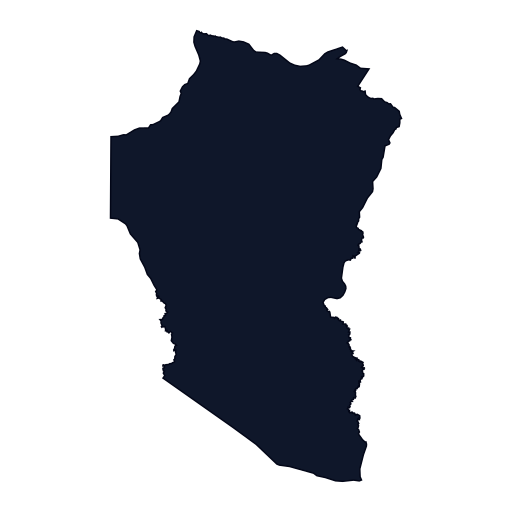 Koun Mom, Rôtânôkiri, Cambodia (Albers equal-area conic projection)
{"feature_id": "14789045B34257820589195", "entity_name": "Koun Mom", "entity_type": "district", "adm_level": 2, "iso_a3": "KHM", "parent_name": "Cambodia", "parent_adm1": "Rôtânôkiri", "projection": "albers", "projection_center": [106.798, 13.499], "detail": "fine", "context": "isolated", "style": "filled", "palette": "ink", "viewbox_px": 512, "rotation_deg": 0, "n_neighbors": 0, "source": "geoboundaries", "source_scale": "gbopen_adm2", "svg_char_len": 6046}
<svg xmlns="http://www.w3.org/2000/svg" viewBox="0 0 512 512"><path d="M361.5,480.0L360.1,476.8L359.8,468.9L363.4,454.7L366.4,446.1L366.5,444.1L365.9,441.9L365.1,442.1L362.5,439.7L358.9,434.7L358.5,433.4L359.4,432.0L358.5,429.5L357.3,428.7L358.3,427.0L358.5,425.3L357.7,424.3L358.7,423.5L357.8,421.5L357.1,421.1L357.7,419.7L359.4,419.6L359.4,419.1L357.9,418.7L358.9,417.6L359.9,417.8L359.7,415.7L357.2,414.3L355.5,415.2L355.5,414.2L354.4,413.9L354.4,413.1L352.4,413.3L352.2,413.0L352.7,412.6L352.0,412.0L350.1,412.9L349.6,412.7L349.5,410.8L348.7,411.3L348.6,409.7L347.4,408.9L348.2,408.1L348.2,407.2L349.5,407.7L350.1,406.5L349.5,405.3L350.9,403.9L350.2,402.6L351.0,401.5L352.2,401.4L351.5,400.5L351.9,399.8L353.4,399.4L353.6,397.7L355.1,398.1L355.9,396.4L355.2,394.8L355.5,394.3L355.5,392.5L354.4,391.8L355.2,391.3L355.7,390.2L354.9,390.0L356.1,388.4L357.0,388.6L358.4,386.1L358.9,386.8L359.2,386.4L359.5,383.9L358.9,383.5L359.6,382.3L360.5,382.0L360.3,381.3L359.8,381.3L358.9,382.0L358.7,381.1L360.0,380.6L361.0,378.9L361.8,378.8L362.3,377.6L361.6,377.2L361.7,376.6L362.8,376.8L363.7,376.0L363.7,373.7L362.6,373.2L362.7,372.0L361.9,370.9L363.3,369.3L364.0,369.3L364.2,368.9L363.6,368.8L364.0,367.9L362.8,368.1L362.8,367.5L361.4,367.4L361.8,366.4L362.5,366.5L363.3,365.3L362.5,363.1L363.0,362.4L360.9,361.2L360.2,361.8L360.0,361.1L358.7,361.1L359.0,360.0L358.4,359.6L357.0,359.5L356.6,360.3L355.9,359.3L357.1,358.5L357.0,358.1L356.3,358.3L355.8,357.8L355.1,358.5L354.6,357.5L353.7,356.9L353.3,357.1L351.7,355.0L352.0,354.1L353.0,353.6L352.5,353.0L352.7,352.4L352.0,351.8L353.3,351.0L350.7,350.7L350.9,349.6L350.5,348.9L350.0,348.9L350.3,347.8L349.4,347.3L349.8,346.6L348.8,345.8L349.1,344.9L348.3,343.6L347.6,343.6L347.1,342.9L348.0,342.2L348.2,341.4L349.7,340.8L349.8,340.2L350.9,339.7L350.3,338.6L350.4,337.8L349.1,337.7L348.6,336.1L349.0,335.8L348.6,334.7L349.8,334.1L349.9,332.0L348.5,332.0L349.6,329.1L348.8,329.0L348.7,328.0L347.6,328.0L347.5,328.4L347.2,328.1L346.6,326.7L347.3,326.1L346.7,325.2L346.0,325.4L345.7,324.0L342.9,324.1L342.6,323.8L343.1,323.3L343.3,321.9L340.2,320.9L340.3,320.1L339.2,320.5L338.2,319.4L338.7,319.3L338.5,318.5L337.4,318.2L337.0,317.4L335.4,317.1L334.6,318.3L333.7,317.4L330.6,317.2L329.8,312.1L329.3,311.4L328.4,311.7L327.1,310.7L327.0,309.4L327.5,309.3L326.4,307.8L325.3,307.1L325.2,306.0L324.3,305.7L323.0,302.4L324.7,299.5L327.9,297.6L331.0,297.3L337.0,298.6L340.2,297.8L342.9,295.3L344.8,291.8L345.9,288.5L345.7,286.2L344.6,284.0L342.4,281.3L341.4,278.2L342.9,267.1L344.0,262.8L345.1,261.2L346.4,260.5L348.5,259.8L350.4,260.1L351.3,258.1L352.7,258.2L352.9,255.7L353.8,256.0L354.6,257.9L355.1,257.9L355.0,256.3L355.4,255.9L359.4,253.2L359.5,252.7L358.0,252.2L358.9,251.7L358.8,250.6L360.2,250.8L360.7,250.5L360.6,250.0L360.1,248.9L359.1,249.0L358.9,246.3L358.0,245.4L358.1,244.9L358.8,244.8L358.7,243.9L360.0,243.5L361.2,242.0L362.0,241.8L361.5,240.1L361.9,238.1L363.3,237.9L363.5,237.2L362.6,234.6L363.0,233.1L362.7,231.8L361.1,231.4L361.4,230.7L358.5,229.4L358.1,228.3L356.7,227.7L356.2,226.4L357.1,224.1L356.6,224.2L356.9,223.4L358.6,220.9L358.6,218.8L359.6,217.2L359.3,211.7L362.6,207.6L367.4,198.0L372.5,191.6L373.0,188.8L372.6,181.5L376.7,176.9L380.9,168.4L381.8,159.5L383.1,157.2L385.0,145.9L389.1,144.2L389.9,142.9L388.5,139.6L390.4,135.9L393.0,132.8L394.7,129.6L396.0,128.9L396.3,127.5L399.1,126.6L399.8,122.9L399.8,119.7L400.0,119.1L401.5,118.5L399.7,114.3L399.2,111.3L394.6,107.5L393.2,107.5L390.5,103.8L388.7,103.9L387.1,102.6L384.6,101.9L381.6,98.7L377.9,98.5L373.8,99.0L372.9,98.3L371.0,98.5L369.6,98.0L367.5,96.7L365.5,94.6L365.1,91.1L363.1,91.7L362.2,91.0L360.9,90.9L359.9,89.6L360.4,87.8L357.7,86.3L369.0,68.9L360.5,68.3L356.2,65.1L350.1,63.1L344.4,60.2L341.1,59.2L337.1,58.8L340.2,56.5L345.1,53.8L346.2,52.6L346.9,50.5L346.3,50.7L342.5,47.1L327.8,52.0L324.8,53.8L319.0,59.9L309.3,65.1L306.6,65.9L300.1,66.4L294.6,65.2L289.7,63.0L280.0,55.2L276.8,53.5L274.2,53.5L271.1,55.3L267.5,53.2L265.1,52.5L256.0,52.1L253.5,50.3L248.8,44.2L243.5,41.9L238.8,41.1L234.5,42.0L232.8,41.8L226.9,39.1L224.4,38.9L223.9,38.1L221.8,38.0L220.4,37.1L219.0,37.3L215.3,36.5L215.1,36.0L213.7,36.5L213.2,35.9L212.0,35.9L210.2,35.1L209.8,35.5L208.0,35.4L206.5,33.7L203.7,33.9L202.2,33.3L201.4,32.3L200.5,32.9L199.6,32.5L199.2,31.5L196.7,30.7L194.1,36.9L193.9,42.2L195.1,46.4L198.8,55.0L200.4,61.0L199.8,63.9L196.4,71.1L193.7,74.6L189.5,78.7L187.8,83.5L184.8,84.6L182.5,86.8L180.3,91.1L181.3,93.4L180.1,96.4L179.0,101.9L172.3,108.5L171.1,111.9L169.6,113.9L168.1,115.2L162.7,117.5L160.7,120.7L159.4,121.6L153.1,124.6L150.6,124.8L148.5,128.0L139.4,128.1L134.5,129.9L126.3,134.9L123.4,134.8L118.2,136.3L111.0,136.7L110.5,218.1L118.0,218.9L125.5,223.8L127.0,225.7L130.4,233.9L137.8,242.4L140.1,249.9L139.4,253.5L140.3,258.9L144.8,267.3L147.4,274.5L150.7,278.4L154.1,285.3L156.7,289.4L156.8,290.1L155.7,291.5L156.8,293.7L156.4,294.4L156.6,295.9L156.9,296.3L158.2,295.7L158.7,296.6L157.5,297.5L157.2,298.4L158.8,298.0L161.3,299.6L160.9,300.9L162.4,301.2L164.2,303.1L165.4,303.6L166.2,305.2L165.2,307.7L166.2,309.6L165.9,310.8L166.6,311.6L167.7,312.0L167.5,312.6L166.6,313.4L165.1,313.6L165.5,315.4L164.1,315.7L164.1,316.6L162.9,318.0L162.5,319.4L160.0,319.6L161.1,320.9L161.0,323.0L162.2,325.6L161.4,326.6L161.8,327.2L162.6,326.5L163.1,326.9L164.8,326.6L165.6,329.1L165.5,330.8L167.1,330.6L166.9,331.7L168.0,332.0L168.9,332.9L170.3,331.3L172.6,333.0L171.5,334.2L172.0,337.2L171.3,340.7L173.4,343.3L175.9,344.4L176.5,345.3L175.5,345.5L174.8,346.7L174.6,348.4L173.7,349.9L173.9,350.8L175.7,350.1L175.6,352.6L176.3,354.3L174.9,356.5L174.8,358.9L173.9,359.8L174.6,361.6L174.4,362.1L172.3,362.8L171.6,363.6L170.0,363.6L168.4,364.5L165.9,364.7L164.6,365.3L163.7,364.8L162.9,365.1L163.0,366.1L164.0,366.0L164.6,366.7L164.3,367.7L163.1,368.1L162.9,368.8L163.4,370.8L164.5,371.2L163.3,373.1L164.8,375.6L163.0,378.1L233.0,427.4L256.1,444.3L276.9,464.1L279.4,465.1L289.6,466.5L313.6,473.2L316.9,475.7L325.3,477.5L335.5,480.8L342.6,481.3L353.6,480.1L359.3,480.9L361.5,480.0Z" fill="#0f172a" stroke="#020617" stroke-width="1.5"/></svg>